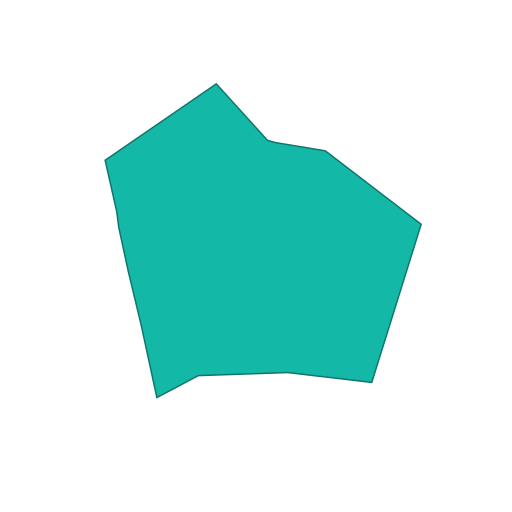 Jargalant, Hovd, Mongolia (Albers equal-area conic projection), rotated 59°
{"feature_id": "93677404B42040735626844", "entity_name": "Jargalant", "entity_type": "district", "adm_level": 2, "iso_a3": "MNG", "parent_name": "Mongolia", "parent_adm1": "Hovd", "projection": "albers", "projection_center": [91.642, 48.006], "detail": "fine", "context": "isolated", "style": "filled", "palette": "teal", "viewbox_px": 512, "rotation_deg": 59, "n_neighbors": 0, "source": "geoboundaries", "source_scale": "gbopen_adm2", "svg_char_len": 359}
<svg xmlns="http://www.w3.org/2000/svg" viewBox="0 0 512 512"><g transform="rotate(59 256 256)"><path d="M347.7,136.1L313.9,98.1L201.6,142.4L168.9,180.8L162.8,186.6L88.0,201.4L96.2,336.0L146.2,352.5L160.8,358.9L204.3,373.7L255.5,389.8L326.3,413.9L328.8,367.1L372.2,288.9L424.0,221.9L347.7,136.1Z" fill="#14b8a6" stroke="#0f766e" stroke-width="1.5"/></g></svg>